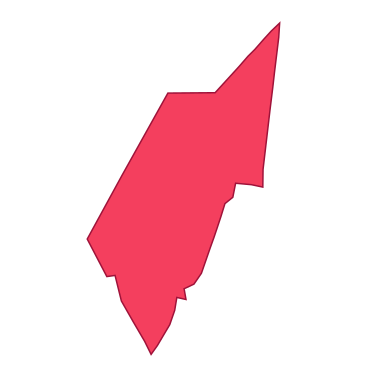 Satuba, Alagoas, Brazil (Equal Earth projection), rotated 352°
{"feature_id": "56859067B47220314031671", "entity_name": "Satuba", "entity_type": "district", "adm_level": 2, "iso_a3": "BRA", "parent_name": "Brazil", "parent_adm1": "Alagoas", "projection": "equal_earth", "projection_center": [-35.836, -9.579], "detail": "fine", "context": "isolated", "style": "filled", "palette": "rose", "viewbox_px": 384, "rotation_deg": 352, "n_neighbors": 0, "source": "geoboundaries", "source_scale": "gbopen_adm2", "svg_char_len": 661}
<svg xmlns="http://www.w3.org/2000/svg" viewBox="0 0 384 384"><g transform="rotate(352 192 192)"><path d="M302.3,36.9L292.8,43.7L284.7,50.4L273.9,59.7L266.4,65.3L255.7,74.6L228.7,96.9L181.9,90.7L124.7,166.2L81.7,224.0L95.9,263.9L104.2,263.9L106.9,290.1L115.8,312.5L124.3,333.2L128.9,347.1L136.3,339.3L144.2,329.4L151.5,320.3L158.4,306.8L162.3,294.3L171.1,297.6L170.7,286.7L181.1,283.5L190.0,273.8L196.1,261.9L202.5,249.4L207.5,239.9L212.1,230.7L217.2,220.4L223.0,208.1L231.7,202.9L236.4,189.4L251.8,193.0L262.8,197.0L265.5,179.5L270.2,161.6L280.9,120.7L286.6,99.5L290.5,84.4L299.4,51.0L302.3,36.9Z" fill="#f43f5e" stroke="#9f1239" stroke-width="1.5"/></g></svg>